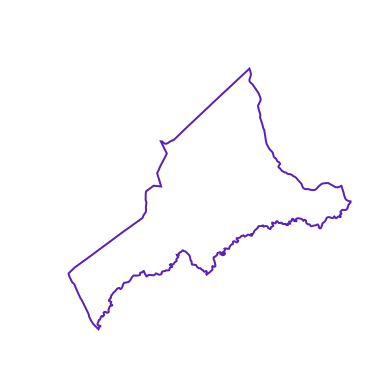 the district of Siloe, Mohale's Hoek, Lesotho, rotated 69°
{"feature_id": "5366337B49038686470651", "entity_name": "Siloe", "entity_type": "district", "adm_level": 2, "iso_a3": "LSO", "parent_name": "Lesotho", "parent_adm1": "Mohale's Hoek", "projection": "mercator", "projection_center": [27.347, -29.998], "detail": "fine", "context": "isolated", "style": "outline", "palette": "violet", "viewbox_px": 384, "rotation_deg": 69, "n_neighbors": 0, "source": "geoboundaries", "source_scale": "gbopen_adm2", "svg_char_len": 6028}
<svg xmlns="http://www.w3.org/2000/svg" viewBox="0 0 384 384"><g transform="rotate(69 192 192)"><path d="M274.4,207.9L272.9,203.3L272.0,201.0L271.6,200.6L268.8,199.8L268.7,199.4L268.6,199.2L269.6,198.3L269.9,197.7L269.7,196.9L268.7,196.4L267.6,196.2L264.9,195.8L262.6,195.9L260.8,195.2L260.6,194.7L260.6,193.3L259.7,191.1L258.6,190.4L258.1,189.9L258.3,187.3L258.5,187.0L259.2,186.9L259.6,187.5L260.1,187.7L261.5,186.6L262.0,186.0L262.2,185.1L262.1,184.5L261.9,183.8L261.6,183.5L261.0,183.2L260.5,183.3L260.3,183.5L260.7,184.3L260.7,184.9L260.5,185.3L259.8,185.5L259.4,185.1L258.6,182.7L257.7,181.9L256.6,182.1L256.5,181.6L256.7,180.8L258.4,178.0L258.3,177.7L257.1,176.9L256.2,175.9L255.3,174.2L255.1,173.3L255.3,172.7L253.1,171.5L253.0,171.2L253.0,170.4L253.9,169.3L254.9,168.6L255.1,167.9L254.6,166.6L254.1,166.3L252.2,167.2L251.2,166.8L251.6,165.5L251.7,163.4L250.9,162.0L250.8,161.0L251.0,160.2L250.9,159.5L252.5,158.7L252.6,158.1L251.9,155.0L252.5,154.0L254.1,152.3L254.2,151.7L253.9,151.4L252.8,151.9L252.5,151.8L252.5,151.3L252.9,150.6L252.7,149.7L251.1,148.1L250.3,147.0L249.3,143.9L248.4,143.1L248.3,142.6L247.8,142.1L248.6,139.3L248.6,137.9L248.8,137.6L249.6,137.8L250.0,137.6L250.0,135.8L250.9,134.1L251.2,133.9L253.1,133.7L253.7,132.9L254.3,132.8L254.6,132.1L253.8,131.1L253.1,130.7L253.1,129.8L252.8,128.4L252.4,128.3L250.7,128.5L249.6,128.3L249.3,128.1L249.4,127.7L250.6,126.5L251.1,125.3L251.0,125.0L249.9,124.2L249.7,123.6L249.9,122.9L250.2,122.7L251.6,122.3L252.1,121.9L252.5,121.0L252.5,120.0L252.7,119.5L253.2,119.1L254.1,119.1L254.6,118.3L255.4,116.0L255.6,115.8L256.7,115.7L257.1,115.1L257.2,114.6L256.9,114.0L256.0,113.8L255.8,113.5L256.1,113.0L256.7,112.2L256.7,111.8L255.2,111.9L254.5,111.8L255.0,109.8L254.3,109.3L254.1,108.8L253.4,108.6L253.1,108.0L253.1,107.6L253.8,107.0L254.8,106.8L255.6,107.0L256.0,106.7L256.2,105.7L256.7,105.1L256.6,104.9L256.2,104.8L254.8,104.8L254.4,104.2L254.3,103.7L254.6,102.3L256.2,99.5L256.8,99.1L258.8,98.4L258.8,98.0L258.2,97.3L258.5,96.5L258.9,96.2L259.9,95.8L261.3,96.3L261.9,96.3L263.0,95.8L263.8,95.1L264.4,93.8L266.5,93.2L266.9,92.3L266.9,90.8L267.5,88.2L267.5,87.8L267.2,87.2L267.4,86.2L268.8,85.8L269.6,85.9L270.5,86.3L270.9,86.2L271.7,85.7L271.9,85.1L271.8,84.5L269.7,82.6L268.5,81.9L267.9,81.0L267.2,78.7L265.9,76.9L264.7,75.9L264.2,74.3L264.6,72.9L266.1,71.2L266.7,69.8L266.5,68.8L265.9,68.2L265.9,67.8L267.4,67.5L268.0,66.9L268.2,66.3L267.4,65.0L267.4,63.8L268.3,62.9L268.5,62.4L268.1,62.0L267.6,62.2L266.5,62.1L265.9,61.4L266.2,60.7L265.8,60.3L265.1,60.3L264.1,60.6L263.6,60.5L262.5,58.2L263.8,55.2L263.7,54.0L263.4,53.3L262.8,52.6L262.1,52.3L261.6,51.5L260.3,50.8L258.3,47.5L257.6,47.3L257.1,48.3L256.0,49.6L254.4,50.9L253.1,51.2L249.2,51.1L247.0,50.7L240.3,50.4L239.8,50.3L239.7,51.1L240.0,52.3L239.8,54.7L239.3,55.4L239.1,56.1L232.5,61.6L231.9,63.0L230.9,66.9L231.0,68.5L232.1,71.7L233.7,74.7L234.1,76.9L233.1,79.5L230.8,82.7L230.6,83.5L229.7,85.5L228.6,86.4L227.9,86.7L226.9,86.9L223.5,86.9L218.5,88.9L217.0,89.3L215.5,90.0L214.8,90.5L213.5,91.7L211.5,92.9L210.4,94.2L209.6,95.9L208.8,96.6L207.9,97.1L207.4,97.5L206.8,98.5L204.6,100.4L201.2,101.5L200.7,102.0L199.9,102.3L199.2,102.2L198.1,100.9L197.5,99.9L196.8,99.7L195.6,99.8L194.5,100.9L193.8,101.3L191.7,101.5L190.7,101.7L190.1,102.0L189.5,102.7L188.4,103.0L184.4,102.5L183.3,102.8L179.8,104.3L173.7,105.1L170.5,104.6L159.9,102.3L158.3,102.6L154.0,102.1L146.5,101.7L145.4,100.9L143.0,100.3L139.3,100.2L135.8,99.6L134.8,99.2L132.1,96.2L130.6,94.8L128.4,94.4L124.3,94.4L122.0,94.8L112.9,97.0L111.0,98.1L109.1,98.6L107.5,98.0L104.2,95.3L102.7,94.6L100.5,94.3L97.4,94.2L117.1,142.8L117.4,143.4L129.8,173.7L136.9,190.4L136.9,193.4L137.6,196.9L137.7,199.0L136.8,200.4L133.9,201.9L133.5,203.0L147.0,201.7L149.6,204.4L157.4,213.3L159.0,214.6L161.9,217.8L175.8,218.8L172.4,225.5L174.9,234.6L177.0,235.8L182.7,238.1L185.7,238.4L189.6,240.5L192.6,241.5L194.0,242.2L196.6,245.8L198.5,247.5L204.6,270.9L216.0,311.9L220.4,328.4L223.7,336.3L224.7,336.7L228.0,336.7L233.2,336.2L235.9,334.9L243.9,334.7L250.9,334.2L253.7,333.6L267.3,332.4L269.2,332.3L271.6,332.7L275.3,332.4L279.8,331.5L286.6,328.5L285.6,327.5L285.0,327.3L284.7,326.8L284.7,325.8L284.1,325.6L283.0,327.1L282.1,327.7L281.2,327.5L279.4,325.7L278.4,325.0L278.2,324.7L278.1,323.5L276.1,322.0L275.4,320.9L275.4,320.6L276.3,319.9L275.8,318.8L275.3,318.2L274.6,317.9L273.2,317.9L272.7,317.1L272.6,316.5L272.9,315.7L274.0,315.0L274.4,314.2L274.4,313.2L274.1,312.7L273.1,312.6L271.7,311.9L269.4,309.8L269.0,308.8L269.4,307.6L269.2,307.1L268.9,307.0L267.6,307.8L266.8,307.9L265.7,306.8L264.7,307.4L264.3,308.3L263.6,308.5L263.1,308.2L262.5,307.0L261.8,306.4L261.7,305.6L260.2,304.8L259.4,304.1L259.2,303.3L257.9,301.5L257.1,299.3L255.9,297.4L255.4,296.2L255.4,294.7L255.6,294.2L256.7,293.8L257.0,293.5L256.8,292.6L256.1,291.5L253.5,289.3L252.5,287.9L253.3,283.6L252.6,281.9L251.8,280.6L250.0,278.5L249.1,276.6L249.1,276.0L249.9,274.6L250.7,272.0L250.8,270.6L250.5,270.1L249.4,269.7L248.9,269.2L248.8,268.7L249.2,267.2L248.5,266.1L248.4,265.6L248.5,265.3L249.0,265.2L251.8,265.3L253.6,264.6L254.5,264.8L254.6,264.3L254.0,262.7L254.0,261.9L256.1,257.4L256.0,256.6L255.1,254.9L255.7,254.0L257.3,252.6L257.7,251.5L257.7,250.1L257.3,249.5L256.5,249.3L255.6,248.1L256.1,245.3L255.9,244.8L255.8,244.6L256.6,242.5L256.8,241.3L254.7,239.6L254.6,238.5L254.9,237.8L254.8,237.5L254.6,237.3L253.8,237.5L252.4,238.7L251.9,238.7L251.8,238.3L251.7,237.5L252.2,236.8L252.6,236.4L252.8,235.6L252.6,234.8L252.3,234.6L251.4,233.2L251.0,231.2L249.2,230.8L248.0,228.5L247.7,228.1L246.1,228.7L245.2,228.7L245.9,227.0L245.1,226.9L244.6,226.5L244.4,225.6L244.0,225.1L244.1,224.0L243.7,222.8L243.3,222.1L243.2,221.4L244.4,220.6L244.9,219.7L247.1,218.4L247.8,218.3L248.9,217.6L250.7,217.1L254.5,217.6L255.0,217.8L256.6,217.4L257.2,217.4L259.1,218.0L259.9,217.8L260.3,216.7L261.7,214.4L263.4,214.2L265.5,213.1L266.1,211.6L268.5,210.3L269.0,209.8L270.4,209.5L270.9,208.8L270.8,207.2L271.3,206.8L272.4,207.0L273.5,208.0L274.4,207.9Z" fill="none" stroke="#5b21b6" stroke-width="2"/></g></svg>